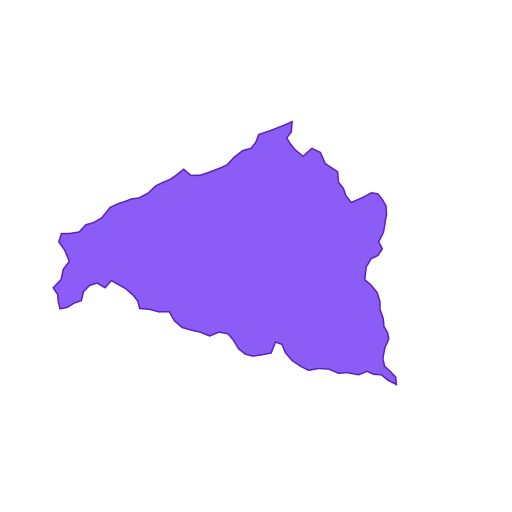 outline of Capela Nova, Minas Gerais, Brazil, rotated 27°
{"feature_id": "56859067B12551134046760", "entity_name": "Capela Nova", "entity_type": "district", "adm_level": 2, "iso_a3": "BRA", "parent_name": "Brazil", "parent_adm1": "Minas Gerais", "projection": "albers", "projection_center": [-43.609, -20.915], "detail": "fine", "context": "isolated", "style": "filled", "palette": "violet", "viewbox_px": 512, "rotation_deg": 27, "n_neighbors": 0, "source": "geoboundaries", "source_scale": "gbopen_adm2", "svg_char_len": 1658}
<svg xmlns="http://www.w3.org/2000/svg" viewBox="0 0 512 512"><g transform="rotate(27 256 256)"><path d="M439.5,306.8L435.4,300.5L428.6,298.1L420.5,295.8L415.5,289.6L412.4,278.9L412.0,269.7L408.0,264.5L402.1,260.8L397.7,253.9L390.7,247.3L387.3,240.6L380.8,233.7L371.9,229.7L363.6,227.7L359.2,215.7L359.8,206.1L364.4,200.2L365.3,192.2L358.9,187.8L358.8,177.0L355.8,167.4L353.3,159.4L349.1,152.4L343.1,148.4L336.4,145.3L330.3,147.2L324.8,155.1L316.6,165.0L308.7,161.5L303.2,156.1L296.0,152.8L290.5,143.9L275.7,142.2L266.4,134.5L256.9,134.7L252.7,145.8L242.5,143.6L235.3,140.3L229.8,136.9L231.1,129.3L227.2,120.0L219.5,129.2L211.6,138.0L203.3,146.5L204.2,154.9L202.6,162.4L196.3,168.1L191.6,178.1L188.8,188.2L182.4,195.8L175.4,203.5L169.6,209.4L161.4,213.8L152.2,211.5L148.3,220.1L144.5,227.0L140.0,232.2L134.9,238.9L131.4,248.8L125.3,257.5L119.1,261.7L114.7,266.7L109.5,271.8L104.0,278.9L101.2,292.2L95.9,300.2L90.2,305.4L87.6,314.8L80.0,320.4L72.5,324.4L73.8,332.9L83.0,337.7L92.1,345.5L90.3,355.4L93.1,365.4L89.7,376.4L96.8,380.3L100.3,386.1L105.4,392.0L111.0,387.7L115.4,380.4L120.6,375.1L118.5,365.9L121.2,357.6L126.7,352.3L136.0,352.8L138.2,343.6L146.7,343.9L155.1,344.3L164.9,346.9L171.3,349.9L176.1,355.6L185.8,351.7L194.7,349.9L204.0,345.0L212.9,350.9L222.8,353.2L232.5,351.3L240.6,349.2L251.0,348.3L257.6,340.6L266.2,338.0L273.7,341.0L282.6,346.6L291.2,348.3L298.7,346.6L305.6,341.7L313.5,335.6L312.4,323.8L319.3,323.0L326.1,328.8L335.7,332.8L345.5,334.0L354.7,334.0L363.0,327.7L372.2,323.7L382.8,323.0L389.8,318.7L401.4,315.2L407.2,308.4L414.8,307.9L421.6,304.9L429.9,306.8L439.5,306.8Z" fill="#8b5cf6" stroke="#5b21b6" stroke-width="1.5"/></g></svg>